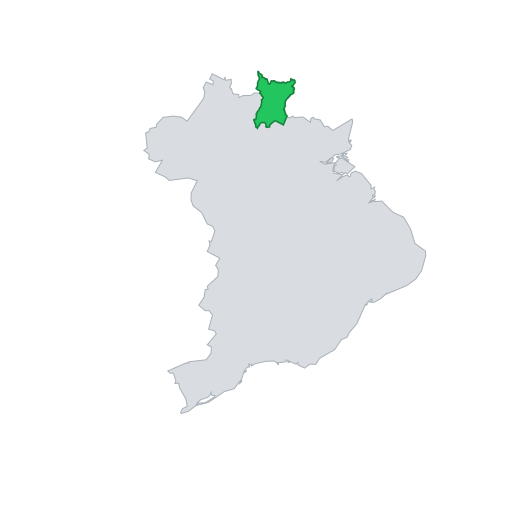 where Roraima sits in Brazil, rotated 27°
{"feature_id": "BRA-670", "entity_name": "Roraima", "entity_type": "State", "adm_level": 1, "iso_a3": "BRA", "parent_name": "Brazil", "parent_adm1": "", "projection": "robinson", "projection_center": [-61.438, 1.924], "detail": "fine", "context": "in_parent", "style": "filled", "palette": "green", "viewbox_px": 512, "rotation_deg": 27, "n_neighbors": 0, "source": "natural_earth", "source_scale": "10m", "svg_char_len": 9050}
<svg xmlns="http://www.w3.org/2000/svg" viewBox="0 0 512 512"><g transform="rotate(27 256 256)"><path d="M157.7,117.9L161.9,121.9L167.2,120.0L168.8,122.6L171.7,118.9L178.8,115.1L180.4,111.5L184.9,109.5L185.2,107.3L180.1,106.4L178.7,96.7L174.2,90.6L180.3,93.7L185.7,93.6L189.4,96.7L190.6,92.9L204.1,88.3L207.0,85.1L206.8,82.2L210.8,82.0L212.0,83.4L210.8,88.3L214.3,89.7L215.5,93.7L213.1,96.7L212.0,104.8L214.6,113.2L221.0,118.0L223.7,117.3L225.1,114.6L227.5,115.2L234.7,110.8L243.8,112.2L242.4,108.6L243.9,106.3L245.6,107.3L251.6,105.6L258.3,109.8L261.1,107.8L267.5,109.3L279.3,90.3L281.2,92.2L285.2,109.7L287.2,112.5L291.2,114.0L291.7,118.4L284.9,126.8L280.8,129.6L275.2,141.0L269.8,142.7L275.5,143.0L283.8,137.2L285.4,144.5L287.7,146.8L296.3,144.3L293.7,152.5L297.1,145.9L301.0,142.1L303.0,143.2L303.9,142.0L303.1,139.0L305.8,135.4L312.4,134.6L326.7,140.9L327.7,144.1L329.7,141.9L333.1,144.4L333.9,147.1L332.2,149.0L332.9,150.0L334.7,148.2L335.2,149.9L333.5,151.8L332.4,157.4L334.7,155.1L336.4,150.9L336.6,153.9L343.1,150.0L358.0,154.9L370.0,154.4L381.7,162.0L391.9,172.7L404.6,174.6L407.1,178.5L410.2,193.9L408.8,203.9L403.7,214.0L389.5,230.7L389.5,229.3L386.8,236.9L382.3,243.6L380.3,244.6L378.8,241.6L377.5,243.1L375.5,250.2L376.6,270.5L373.8,282.3L374.0,287.0L370.0,291.9L368.6,303.7L359.0,318.5L358.5,325.3L352.9,328.1L350.2,333.8L343.1,334.0L341.6,331.8L341.0,334.2L330.1,334.8L330.6,336.7L323.6,341.5L319.7,341.4L312.7,345.3L303.9,352.5L302.2,355.9L300.7,354.6L300.1,356.1L298.1,355.4L300.6,357.5L298.5,359.7L297.7,363.5L299.0,371.8L296.8,384.1L289.4,391.1L280.0,408.1L271.3,415.7L271.2,413.2L277.2,410.0L282.8,400.7L282.9,399.1L279.4,400.1L277.5,397.1L278.4,400.1L277.4,403.5L272.0,409.2L270.2,413.7L270.6,416.2L266.4,424.9L260.9,430.3L259.8,429.5L259.9,425.2L263.0,421.3L258.4,415.2L247.9,408.3L244.7,404.4L241.6,406.5L241.4,403.8L235.5,397.8L232.6,399.4L229.6,398.5L242.9,382.3L244.4,382.4L244.1,380.8L258.7,371.1L260.1,363.1L257.6,357.3L252.9,357.3L256.0,343.6L253.1,341.5L247.0,342.8L244.1,328.5L239.2,326.0L235.4,327.8L227.3,325.8L228.5,316.4L226.0,309.0L228.4,307.3L226.3,305.2L231.3,291.5L228.7,285.3L224.3,282.8L224.7,274.3L210.5,274.2L210.0,267.1L207.3,263.7L209.7,263.6L207.9,252.0L203.5,249.3L197.9,249.6L187.9,242.0L177.3,239.9L172.8,235.8L169.6,229.3L169.5,215.6L160.3,217.2L144.3,228.1L139.5,226.7L128.4,227.2L129.1,213.1L123.6,217.8L116.2,218.2L114.7,213.8L108.1,212.9L110.0,209.1L101.8,196.3L104.0,194.1L103.7,190.5L108.5,186.6L107.7,183.3L110.4,174.6L118.6,169.0L126.8,166.1L133.4,167.2L137.8,139.5L136.0,133.3L132.5,130.0L132.6,123.6L139.8,122.9L138.5,119.4L134.3,119.3L134.3,113.5L147.5,113.4L147.3,111.0L149.4,113.2L153.6,109.9L155.8,113.6L156.1,118.2L157.7,117.9ZM288.9,129.8L303.6,131.5L300.1,141.2L297.4,141.4L296.9,143.1L294.8,142.3L292.4,144.8L286.9,144.8L284.9,139.9L286.3,138.7L284.6,136.9L285.8,131.2L288.9,129.8ZM276.4,141.6L278.7,134.6L281.0,133.6L280.8,137.9L276.4,141.6ZM293.0,126.4L291.6,129.0L288.2,128.4L288.7,126.7L293.0,126.4ZM287.9,123.5L287.4,128.9L286.0,128.3L287.9,123.5ZM295.3,129.8L293.2,130.1L292.2,129.6L294.8,128.1L295.3,129.8ZM285.7,130.0L283.6,131.7L282.7,130.8L284.3,129.2L285.7,130.0ZM289.7,125.3L288.7,124.2L290.4,123.1L290.6,124.1L289.7,125.3ZM288.5,111.5L287.3,111.7L287.0,109.8L288.2,109.7L288.5,111.5ZM299.4,376.9L299.0,375.2L300.0,373.6L300.3,374.1L299.4,376.9ZM324.8,340.8L325.1,342.7L323.7,342.3L324.8,340.8ZM299.0,364.7L298.4,363.7L299.4,362.6L299.7,363.0L299.0,364.7ZM334.3,153.9L333.4,155.9L334.4,153.1L334.3,153.9ZM379.5,244.9L378.0,245.4L379.0,243.9L379.5,244.9ZM334.0,335.6L332.5,336.2L332.2,335.8L333.2,334.9L334.0,335.6ZM377.0,248.5L376.4,249.6L376.1,248.9L377.0,248.5ZM330.5,140.1L330.6,141.2L330.2,141.1L330.5,140.1Z" fill="#d9dde1" stroke="#a8b0b8" stroke-width="1"/><path d="M210.3,81.7L210.4,81.8L210.5,82.0L210.9,82.0L211.2,82.7L211.4,82.9L212.1,83.4L212.1,83.6L212.0,84.2L212.0,84.5L211.8,85.1L211.8,85.6L211.7,86.0L211.7,86.6L211.6,86.9L211.4,87.3L211.3,87.6L211.1,87.7L210.9,87.8L210.7,88.0L210.7,88.3L210.8,88.5L211.0,88.6L211.2,88.4L211.3,88.4L211.4,88.5L211.5,88.7L211.8,88.6L212.1,88.7L212.3,88.5L212.5,88.6L212.6,88.8L213.0,88.7L213.0,88.8L213.3,89.0L213.5,88.9L213.6,89.1L214.0,89.4L214.2,89.6L214.4,89.7L214.4,90.0L214.1,90.3L214.0,90.5L214.0,90.9L214.0,91.3L214.1,91.5L214.3,91.6L214.6,91.7L214.8,91.9L214.7,92.0L214.6,92.4L214.7,92.5L215.0,92.8L215.2,93.1L215.2,93.3L215.6,93.4L215.7,93.6L215.4,93.8L215.3,94.0L215.1,94.4L215.2,94.7L215.1,94.8L215.0,95.0L214.7,95.1L214.5,95.5L214.4,95.8L214.2,96.0L213.9,96.3L213.3,96.6L213.1,96.8L213.1,97.1L213.3,97.4L213.4,97.7L213.2,98.2L213.4,98.1L213.3,98.6L213.4,98.8L213.2,98.9L213.1,99.2L212.9,99.7L212.8,100.1L212.6,100.3L212.7,100.6L212.7,100.9L212.5,101.0L212.2,101.6L212.2,101.8L212.2,102.5L212.0,103.3L212.0,104.7L212.0,104.9L212.3,105.5L212.2,105.6L212.3,105.7L212.4,105.9L212.5,106.3L212.7,106.8L212.8,107.3L212.7,107.5L213.2,108.0L213.5,108.3L213.8,108.4L214.0,108.6L214.0,109.6L214.1,109.9L213.9,110.3L214.1,110.7L214.0,111.0L214.0,111.3L213.8,111.6L213.8,112.0L214.0,112.3L214.3,112.2L214.6,112.3L214.8,112.4L214.8,112.5L214.5,113.0L214.7,113.3L214.8,113.4L215.1,113.4L215.3,113.4L215.5,113.4L215.7,113.6L215.9,114.0L216.0,114.2L216.4,114.5L216.6,114.9L216.8,115.0L217.0,115.2L217.3,115.3L217.3,115.6L217.6,115.8L217.7,116.3L217.8,116.4L218.5,116.7L219.8,116.9L220.1,117.1L220.9,126.8L213.8,126.7L211.8,126.8L211.6,126.9L211.5,127.1L211.4,127.3L211.1,127.6L210.9,127.7L210.9,128.1L210.6,128.7L210.3,129.1L210.2,129.3L210.1,129.7L210.0,130.1L209.5,130.8L209.5,131.5L208.9,132.9L208.9,133.3L209.0,133.8L209.5,134.4L209.6,134.7L209.5,134.9L209.3,135.1L209.0,135.1L208.2,135.5L208.0,135.9L208.0,136.1L207.8,136.2L207.2,136.2L206.9,136.5L206.2,136.4L206.0,136.2L206.0,135.9L205.9,135.7L205.6,135.0L205.2,134.5L204.8,134.2L204.6,133.8L204.4,133.7L204.0,133.6L203.6,133.5L203.3,133.3L203.2,133.2L202.4,133.2L202.3,133.3L202.2,133.6L202.1,133.8L201.4,134.1L201.0,134.2L200.4,134.6L200.2,134.9L199.9,135.3L199.8,135.7L199.7,136.2L199.5,136.9L199.5,137.2L199.7,138.0L199.5,138.5L199.5,139.0L199.2,140.3L199.3,141.5L199.0,141.3L198.5,141.3L198.2,141.0L198.1,140.9L197.6,141.2L197.4,141.2L197.2,141.1L196.7,139.9L196.3,139.7L196.0,139.0L195.6,138.8L195.1,138.3L194.6,138.2L194.3,137.6L193.7,137.2L193.2,136.6L192.9,136.2L192.3,135.9L192.2,135.7L192.2,135.1L192.3,135.0L192.8,135.1L193.0,135.2L193.3,135.0L193.6,134.7L193.8,134.2L193.7,133.4L193.3,133.1L193.2,132.9L193.3,132.1L193.2,131.6L192.9,131.1L192.6,130.9L192.4,130.8L192.3,130.5L192.1,129.8L191.7,129.2L191.6,128.9L191.6,128.7L191.8,128.6L191.9,128.4L192.0,127.9L192.0,127.7L191.7,127.2L191.7,126.6L192.0,125.9L192.0,125.7L192.0,125.2L192.3,124.6L192.4,124.2L192.0,122.8L191.9,122.4L192.0,122.3L192.4,122.0L192.7,121.6L192.6,121.2L192.2,120.2L192.1,119.3L192.1,119.1L191.8,118.6L191.8,118.2L191.3,116.6L191.3,116.3L191.3,116.1L191.1,115.9L190.7,115.6L190.5,115.4L190.0,114.5L190.0,114.3L190.2,114.0L190.3,113.7L190.6,113.4L190.4,112.5L190.5,112.3L190.7,111.8L190.8,111.7L190.7,111.5L190.5,111.3L190.2,111.2L189.5,110.8L189.1,110.8L188.8,110.7L188.4,110.8L188.1,110.6L187.8,110.4L187.3,109.9L187.3,109.7L187.2,109.4L186.8,109.3L186.4,109.5L186.2,109.5L185.9,109.5L185.7,109.3L185.3,108.8L185.4,108.4L185.4,107.8L185.5,107.4L185.4,107.2L184.3,107.1L183.8,107.1L182.8,107.0L182.3,107.1L181.8,107.1L180.8,106.8L180.3,106.7L180.2,106.8L180.1,106.7L180.0,106.4L180.0,106.2L180.3,105.5L180.5,104.5L180.3,104.3L180.2,103.8L179.6,102.5L179.3,102.1L179.1,101.5L178.8,101.2L178.7,100.9L178.7,100.5L178.7,99.8L178.7,99.4L178.5,98.3L178.5,98.0L178.8,97.6L178.9,97.4L178.9,96.9L178.8,96.7L178.3,96.2L177.9,95.5L177.0,95.0L176.2,94.4L175.9,93.8L175.4,93.3L175.2,93.1L174.9,92.3L174.7,91.8L174.6,91.7L174.1,91.4L174.0,91.2L174.0,90.8L174.1,90.6L174.6,90.5L174.9,90.7L175.2,91.0L175.4,91.4L175.5,91.8L175.8,92.0L177.6,91.7L178.5,91.8L179.1,92.0L179.3,92.1L179.5,92.3L179.7,92.8L179.8,93.5L179.9,93.9L180.1,94.1L180.5,94.1L181.4,93.5L181.8,93.5L182.2,93.7L183.0,93.5L183.4,93.6L184.0,94.2L184.3,94.4L184.6,94.2L184.8,93.6L185.0,93.3L185.5,93.4L186.1,93.8L186.3,94.1L186.8,94.8L187.3,95.2L188.3,96.6L188.7,96.9L188.9,97.0L189.2,97.0L189.3,96.9L189.7,96.6L189.9,96.7L190.0,96.6L190.3,96.1L190.4,95.7L190.4,95.4L190.3,95.0L190.2,94.7L190.1,94.4L190.0,94.2L190.2,93.4L190.1,93.0L190.2,92.9L190.5,92.7L190.9,92.7L191.6,92.8L191.8,92.7L191.9,92.4L191.9,92.0L192.0,91.9L192.4,91.8L192.5,91.7L192.8,91.4L193.2,91.5L194.7,92.2L195.0,92.3L195.3,92.1L195.9,91.6L196.3,91.6L196.7,91.8L197.1,91.7L197.5,91.5L197.9,91.0L198.1,90.9L198.4,90.8L198.7,90.8L199.0,90.9L199.4,90.8L199.6,90.8L199.9,90.6L200.0,90.4L200.0,89.7L200.5,89.3L201.1,89.3L201.5,89.3L201.7,89.2L201.8,89.1L201.8,88.9L201.5,88.5L201.6,88.4L202.2,88.5L202.8,88.7L203.3,88.5L204.0,88.4L204.3,88.3L204.5,87.9L204.6,87.4L204.9,86.7L205.2,86.7L206.0,86.3L206.3,86.1L206.6,85.8L207.1,85.0L207.3,84.6L207.3,84.2L206.7,82.6L206.6,82.4L206.1,82.3L206.5,82.2L207.1,82.3L207.5,82.4L208.0,82.4L208.4,82.6L208.7,82.3L208.8,82.3L209.2,82.4L209.3,82.4L209.8,81.9L210.3,81.7Z" fill="#22c55e" stroke="#15803d" stroke-width="1.5"/></g></svg>